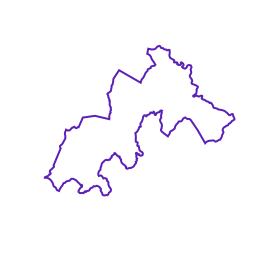 Santa Ana, La Paz, Honduras, rotated 239°
{"feature_id": "27666195B3859139292279", "entity_name": "Santa Ana", "entity_type": "district", "adm_level": 2, "iso_a3": "HND", "parent_name": "Honduras", "parent_adm1": "La Paz", "projection": "orthographic", "projection_center": [-87.959, 13.996], "detail": "fine", "context": "isolated", "style": "outline", "palette": "violet", "viewbox_px": 256, "rotation_deg": 239, "n_neighbors": 0, "source": "geoboundaries", "source_scale": "gbopen_adm2", "svg_char_len": 5892}
<svg xmlns="http://www.w3.org/2000/svg" viewBox="0 0 256 256"><g transform="rotate(239 128 128)"><path d="M70.5,200.9L71.8,203.4L73.4,205.0L74.9,207.4L75.4,207.7L77.4,208.0L78.3,208.8L78.9,209.8L79.1,210.8L79.0,212.4L79.3,213.3L78.8,215.0L79.7,216.6L79.5,218.3L79.9,218.8L80.0,219.7L80.4,220.4L80.4,223.2L80.6,223.7L81.4,224.1L83.6,224.3L85.9,224.9L86.4,224.5L86.5,221.9L86.9,221.3L89.2,220.9L92.6,219.7L94.2,218.5L96.3,216.3L97.2,215.1L98.8,214.3L101.2,211.9L102.6,212.0L103.9,212.4L106.6,212.2L107.1,211.9L107.2,211.1L107.5,210.8L109.0,210.5L110.3,209.2L112.7,208.1L114.3,206.6L114.7,206.5L115.4,206.4L116.9,208.0L117.3,208.1L117.8,207.7L118.2,206.9L118.3,205.4L118.6,204.8L120.4,203.4L120.8,202.4L120.8,200.9L121.3,200.3L121.8,200.3L122.1,200.6L122.3,203.9L122.7,204.5L124.2,205.8L125.8,206.7L125.9,207.1L126.1,207.2L126.7,208.5L127.2,209.1L127.7,209.1L130.1,207.9L132.7,205.7L133.5,205.6L134.1,205.8L134.9,206.9L135.7,207.5L137.1,207.7L139.5,207.5L140.8,207.7L141.5,208.5L141.7,209.1L142.7,210.6L143.9,211.2L145.8,211.8L146.2,212.1L147.4,213.8L149.0,214.1L149.5,213.9L150.4,212.9L150.9,211.9L150.7,210.6L149.6,209.3L149.4,207.9L149.6,207.4L151.0,206.2L152.6,205.8L152.9,206.2L152.9,207.5L153.3,208.0L153.7,208.3L154.8,208.4L156.7,207.7L156.9,207.5L156.9,207.2L156.7,206.9L155.6,206.4L155.2,205.2L155.8,204.1L156.9,203.1L157.6,203.1L157.9,203.8L158.9,203.8L159.3,203.4L160.0,202.0L160.6,201.3L160.9,201.4L161.5,202.2L162.4,202.5L166.4,200.2L168.6,200.7L169.7,201.4L170.6,202.3L173.2,203.7L173.7,203.7L174.0,203.2L174.4,201.5L175.5,201.2L176.1,200.3L177.1,199.4L178.5,199.1L179.4,197.7L181.7,197.6L182.1,197.3L182.3,196.9L182.6,195.4L182.4,194.3L181.9,192.7L181.9,191.1L183.3,188.4L184.3,187.6L185.5,186.2L181.6,182.7L179.9,183.9L178.2,184.3L177.2,184.3L174.7,183.8L170.8,184.1L168.1,184.0L167.8,183.1L167.9,182.4L168.8,179.9L168.5,178.9L167.7,178.3L168.1,175.3L166.9,174.0L166.3,171.7L163.3,167.2L162.7,165.3L162.2,164.2L160.3,162.2L182.1,150.1L177.8,141.1L177.1,140.4L175.2,139.0L173.1,137.0L172.8,135.7L171.6,135.1L168.6,132.4L168.3,131.6L168.1,128.6L167.8,127.8L166.4,127.8L165.2,127.5L164.3,126.9L162.9,126.9L161.7,126.6L161.1,126.0L160.6,126.3L158.1,124.8L157.6,124.3L155.5,123.9L154.5,123.9L153.8,123.3L152.7,123.0L152.0,122.4L151.6,121.6L150.0,121.0L149.8,119.8L149.0,119.3L147.9,118.1L147.1,117.6L146.1,117.2L145.2,116.5L155.4,106.0L160.2,94.7L154.1,86.1L154.6,85.6L154.4,83.9L154.5,83.6L155.0,83.1L156.7,82.6L156.8,82.4L156.7,81.7L157.0,80.5L156.8,79.9L156.8,78.9L156.3,78.1L156.1,76.5L156.8,75.2L158.5,74.1L156.2,71.3L155.0,70.7L153.9,70.4L151.3,68.9L148.5,64.1L148.0,62.9L147.8,61.2L147.5,60.4L146.8,59.9L145.2,59.8L134.3,45.0L133.6,45.0L132.9,44.6L132.6,44.0L132.4,42.5L131.9,41.0L131.9,39.9L131.7,39.3L130.6,38.3L129.1,38.4L128.8,38.2L128.5,37.8L128.4,37.2L128.7,36.4L128.2,35.5L128.1,34.7L128.6,31.8L128.5,31.3L128.2,31.1L127.2,32.6L126.4,33.5L124.1,34.7L122.0,35.1L119.5,35.1L116.3,34.3L114.3,35.3L111.2,35.2L109.5,36.5L110.8,38.2L112.0,40.6L112.4,41.9L113.9,44.3L113.9,44.6L113.4,45.5L113.7,46.1L113.9,47.8L113.5,49.4L112.9,50.7L113.6,53.2L113.1,54.3L112.0,55.3L110.0,56.6L109.1,56.7L104.1,58.0L103.3,58.0L103.0,59.1L102.2,59.0L101.2,58.1L101.3,56.9L101.1,56.1L99.7,53.3L98.7,52.7L97.0,53.2L96.7,53.6L96.3,54.8L95.7,55.7L95.3,55.9L95.1,56.2L95.2,56.8L95.9,58.1L95.6,59.0L95.0,58.8L94.8,58.9L95.1,60.5L94.5,61.9L94.6,62.9L95.6,64.6L95.6,65.5L95.2,66.9L95.8,68.3L95.6,68.8L94.8,70.0L94.6,71.4L93.5,72.4L91.9,73.2L90.8,73.2L90.3,73.4L89.4,73.3L88.5,72.3L85.3,72.3L84.5,71.9L83.6,71.9L82.7,72.6L82.1,73.5L81.8,74.7L81.0,75.9L81.3,76.9L82.4,78.4L82.6,80.4L83.5,81.4L84.7,81.9L88.1,81.7L90.3,82.4L91.1,83.0L92.3,83.3L93.7,82.8L95.1,83.5L95.7,83.4L96.9,82.5L97.4,80.9L98.9,81.0L99.7,80.8L100.7,80.8L101.4,80.1L101.9,78.3L103.3,78.5L104.2,79.0L105.4,80.2L106.2,81.6L106.3,82.8L108.0,84.0L109.1,85.4L111.1,87.4L112.1,91.2L112.0,92.6L111.9,93.1L110.6,94.4L110.7,95.5L110.2,96.3L111.0,97.4L111.2,98.8L112.1,99.3L112.4,99.7L112.5,100.3L112.4,101.4L112.8,102.6L113.4,103.3L113.3,103.9L112.9,104.0L112.0,103.8L111.2,104.5L110.0,104.5L108.8,105.1L108.3,105.1L108.0,105.3L107.9,106.0L107.6,106.1L106.1,105.4L105.2,105.8L104.5,105.8L103.7,105.2L101.6,104.7L99.8,105.1L97.7,106.0L95.9,106.4L95.5,106.3L95.1,105.7L94.1,105.8L93.4,106.5L93.1,108.3L92.2,110.2L92.1,113.0L93.1,114.9L93.9,116.9L94.2,117.1L95.0,117.2L95.3,118.6L95.7,118.9L96.6,119.1L97.0,120.1L98.3,120.0L101.1,121.5L102.2,121.7L102.3,121.8L102.4,122.4L102.0,122.7L100.3,123.3L99.7,123.2L99.5,124.0L98.9,123.8L98.5,123.9L97.6,124.8L97.4,125.3L97.3,126.3L97.6,126.9L98.2,127.4L98.9,127.7L99.5,127.8L102.7,126.4L107.0,127.8L107.6,127.0L108.0,126.9L109.4,127.9L110.2,128.6L110.6,128.8L111.0,128.6L111.9,127.8L112.4,127.7L113.8,128.6L114.6,128.9L115.8,129.9L118.6,131.3L119.8,131.6L120.2,134.0L121.4,136.3L123.1,138.3L123.0,138.6L122.6,139.3L122.6,139.7L124.4,140.3L125.5,141.1L126.5,143.3L127.7,144.8L129.8,146.8L130.4,148.0L130.5,148.5L130.0,149.2L129.6,149.4L128.7,149.5L128.5,149.8L129.2,151.0L128.8,152.7L128.9,154.0L129.7,155.2L129.5,155.7L128.5,156.3L128.3,156.7L128.3,157.3L128.8,158.3L128.5,158.5L127.7,158.5L125.7,157.8L125.3,157.9L125.0,158.2L125.0,158.8L125.8,159.8L126.1,160.5L126.0,161.5L125.4,162.9L126.1,164.4L126.1,165.0L125.8,165.7L125.3,166.0L124.8,165.0L123.8,164.9L123.2,164.1L122.6,163.8L121.8,162.8L119.8,161.8L118.4,159.5L116.3,158.9L114.6,159.0L112.7,158.5L111.6,157.4L110.6,156.9L109.8,155.6L109.0,155.1L108.3,155.0L107.1,155.2L100.3,157.9L100.9,158.8L101.1,159.7L101.8,160.9L102.7,161.7L103.2,162.5L103.1,164.5L103.4,167.4L103.8,168.1L105.0,169.2L105.9,170.8L106.2,171.4L106.3,172.5L107.4,174.7L107.4,175.2L106.6,176.3L106.4,177.2L106.5,178.0L107.6,180.1L107.7,181.5L107.5,182.5L105.3,183.4L104.1,185.3L102.7,185.9L90.6,186.6L75.2,186.3L75.5,187.1L75.7,188.3L75.4,190.6L73.4,194.8L72.9,195.2L71.5,195.8L71.1,196.2L70.9,197.7L70.9,200.1L70.5,200.9Z" fill="none" stroke="#5b21b6" stroke-width="2"/></g></svg>